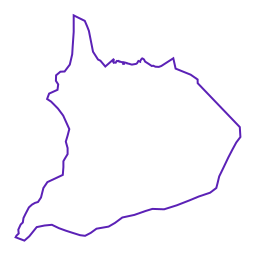 the district of Isokan, Osun, Nigeria
{"feature_id": "59680162B6205124943279", "entity_name": "Isokan", "entity_type": "district", "adm_level": 2, "iso_a3": "NGA", "parent_name": "Nigeria", "parent_adm1": "Osun", "projection": "mercator", "projection_center": [4.166, 7.3], "detail": "fine", "context": "isolated", "style": "outline", "palette": "violet", "viewbox_px": 256, "rotation_deg": 0, "n_neighbors": 0, "source": "geoboundaries", "source_scale": "gbopen_adm2", "svg_char_len": 1559}
<svg xmlns="http://www.w3.org/2000/svg" viewBox="0 0 256 256"><path d="M15.6,237.3L24.4,240.6L29.3,236.3L36.7,227.1L44.6,225.5L51.9,224.8L59.0,228.2L65.9,230.7L73.4,233.1L80.1,235.2L85.1,235.8L90.7,232.9L96.5,228.7L108.6,226.6L115.0,222.9L122.3,217.5L134.4,214.9L145.5,211.0L152.4,208.9L164.1,209.3L176.8,205.3L189.4,200.4L198.8,196.5L210.1,192.7L216.3,188.0L217.5,183.4L219.2,176.4L223.1,168.4L228.4,157.3L232.4,149.6L236.2,142.6L236.4,142.3L240.4,137.0L239.8,127.1L197.7,83.2L197.6,79.5L190.7,74.7L175.6,68.6L173.3,58.3L161.3,66.0L158.8,66.9L155.4,66.7L153.2,65.7L151.8,66.0L148.7,63.9L145.1,61.6L144.0,59.5L142.9,58.7L142.2,58.4L141.2,59.4L140.1,61.3L140.1,61.7L138.4,61.0L137.6,62.3L137.0,63.3L136.0,63.9L131.9,64.6L130.0,64.1L129.6,63.9L127.2,63.4L127.2,63.2L125.6,62.7L123.8,62.3L123.8,62.8L124.0,63.8L123.2,63.9L123.1,63.4L122.6,62.2L121.4,62.1L119.8,61.5L119.3,61.7L118.6,60.9L117.7,61.1L116.9,60.9L116.6,61.1L115.7,62.7L114.7,62.5L113.8,62.8L113.2,61.9L113.8,59.8L113.4,59.4L105.3,66.5L100.4,60.7L98.0,59.5L93.0,51.7L88.9,30.9L87.2,26.5L84.8,20.9L73.7,15.4L73.7,31.9L72.6,47.7L72.6,47.9L72.2,54.3L69.8,64.6L64.6,71.5L60.4,71.7L56.1,75.3L55.9,80.8L58.2,84.4L57.5,89.8L49.1,93.6L47.1,99.0L51.1,101.6L57.9,108.5L63.2,115.6L69.3,129.1L67.6,135.6L65.8,141.6L67.6,148.1L67.6,154.1L64.7,158.9L63.4,161.2L63.4,167.1L62.8,174.9L47.4,182.1L43.4,188.0L41.0,197.5L38.0,202.0L35.0,202.9L32.0,204.6L28.9,207.4L25.5,213.9L23.5,218.0L22.8,222.5L20.8,224.4L20.5,224.9L18.3,229.7L18.7,233.5L16.5,235.6L15.6,237.3Z" fill="none" stroke="#5b21b6" stroke-width="2"/></svg>